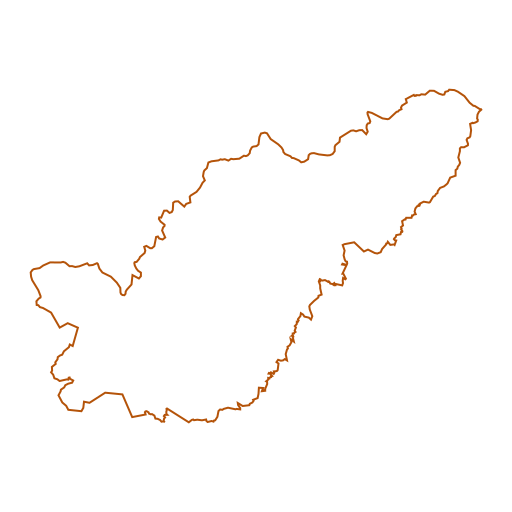 Xicotepec, Puebla, Mexico (orthographic projection)
{"feature_id": "50627088B85126164894992", "entity_name": "Xicotepec", "entity_type": "district", "adm_level": 2, "iso_a3": "MEX", "parent_name": "Mexico", "parent_adm1": "Puebla", "projection": "orthographic", "projection_center": [-97.909, 20.332], "detail": "fine", "context": "isolated", "style": "outline", "palette": "amber", "viewbox_px": 512, "rotation_deg": 0, "n_neighbors": 0, "source": "geoboundaries", "source_scale": "gbopen_adm2", "svg_char_len": 6035}
<svg xmlns="http://www.w3.org/2000/svg" viewBox="0 0 512 512"><path d="M68.3,409.8L81.4,411.2L83.3,407.9L84.0,401.7L89.5,402.8L105.2,392.7L122.4,394.4L132.2,417.1L145.6,414.5L144.9,412.2L145.5,411.4L146.6,411.2L148.6,412.4L149.0,413.6L150.8,414.3L152.0,414.1L154.4,415.6L155.4,418.6L157.6,418.8L160.1,420.0L161.5,421.7L163.7,421.3L164.8,422.3L163.6,421.0L164.1,418.6L165.1,417.4L163.9,416.1L164.7,414.9L167.3,414.8L166.4,413.9L166.3,411.7L166.7,410.6L166.5,408.8L167.0,408.5L188.8,422.3L191.8,419.9L193.2,419.5L194.0,420.2L197.3,419.7L202.0,420.3L206.1,419.5L206.4,420.9L207.6,422.0L211.6,421.0L213.5,421.6L213.9,420.6L215.2,420.3L217.4,416.8L218.5,411.0L220.1,409.5L222.4,409.8L223.7,408.9L228.0,407.7L235.5,409.3L236.6,408.9L240.2,409.4L240.2,408.1L238.1,405.1L237.8,403.0L242.7,406.0L249.3,405.2L249.8,403.8L252.4,402.5L253.6,400.8L253.1,399.8L257.6,398.1L258.5,393.9L258.9,387.7L263.1,388.0L261.9,391.2L264.2,390.9L263.5,390.3L265.2,390.0L265.2,388.8L267.2,384.0L267.1,381.8L266.2,381.3L268.2,379.6L268.2,378.0L269.4,378.4L269.6,377.6L271.1,377.1L271.0,376.3L272.1,376.0L270.1,373.7L268.6,373.6L268.9,373.0L269.7,373.3L270.9,372.3L273.7,373.9L274.3,372.8L273.9,371.4L276.1,371.2L277.2,370.8L277.7,370.0L278.5,363.5L276.5,362.1L278.1,359.8L280.9,360.7L283.0,360.4L284.8,359.1L287.0,360.4L285.7,354.1L287.0,349.5L287.9,348.5L287.5,346.8L289.6,345.4L291.4,342.2L290.7,339.1L293.8,341.5L292.7,336.9L293.3,336.6L293.0,335.7L292.0,335.7L292.6,335.2L292.7,333.5L294.1,333.4L294.3,332.6L295.5,331.9L294.7,330.6L295.9,327.5L294.8,326.1L296.7,324.2L296.8,321.8L297.6,322.1L298.6,320.4L297.9,319.7L298.0,319.1L300.4,316.1L300.9,313.2L303.1,314.6L304.4,316.6L308.8,317.6L311.0,319.6L312.3,316.2L309.8,309.6L309.3,306.4L310.0,304.9L314.2,300.8L318.3,297.5L318.5,295.8L321.6,294.6L320.2,288.4L320.2,285.4L318.8,281.4L319.8,279.1L320.3,279.3L320.3,280.9L320.9,280.0L322.1,280.6L325.0,280.1L327.6,281.5L328.4,281.3L328.5,282.0L329.4,281.9L330.3,283.6L332.8,284.1L334.2,283.1L334.5,284.1L333.6,284.9L334.2,285.3L335.5,285.2L335.4,283.9L342.2,285.4L343.0,283.1L342.7,280.8L343.1,278.0L345.3,279.3L345.9,278.7L343.3,273.7L342.5,273.7L346.5,265.2L342.1,264.5L342.5,263.7L346.6,264.9L347.2,263.5L347.0,261.7L345.7,261.4L344.7,259.5L343.6,255.3L344.6,250.6L342.7,245.0L344.4,244.2L354.2,242.3L363.9,251.5L368.0,249.6L374.7,253.0L377.3,253.5L380.7,252.2L382.1,249.0L386.0,244.6L386.2,243.6L387.2,243.3L387.8,241.8L390.3,244.9L394.1,244.4L394.6,244.9L396.2,240.5L394.8,240.2L393.9,239.1L394.2,238.5L395.7,237.1L396.3,235.1L400.5,234.3L401.1,231.9L402.2,231.9L402.4,231.2L401.1,229.2L401.6,228.7L401.0,227.1L403.0,225.5L402.1,221.2L404.8,219.3L405.5,219.5L406.2,217.8L411.5,217.8L412.1,215.5L412.7,215.7L413.8,214.6L415.7,214.2L414.6,211.6L415.4,208.4L417.3,206.1L419.4,205.8L420.2,203.9L419.6,203.9L419.9,203.6L423.7,201.7L429.0,202.6L429.9,202.2L433.2,196.6L434.8,196.0L436.0,194.0L437.4,193.2L437.8,191.0L440.1,187.9L444.0,186.4L446.6,184.3L447.6,183.3L450.2,177.6L455.6,175.7L455.6,170.1L457.3,168.7L457.8,166.6L459.2,165.0L460.1,162.8L458.3,157.5L459.9,151.2L459.9,148.4L461.1,147.2L464.0,147.3L467.9,145.3L468.0,143.8L466.6,139.9L467.4,138.3L469.6,137.4L470.3,136.2L471.1,130.2L470.1,123.9L472.5,122.8L473.0,123.2L475.4,122.5L477.6,121.3L477.8,119.7L477.1,118.5L477.5,114.6L479.0,111.7L481.3,109.7L481.0,109.2L479.8,109.1L474.7,105.9L473.4,105.8L469.6,102.7L464.4,96.1L457.9,91.7L454.4,90.1L449.2,89.7L448.1,91.1L445.3,91.8L444.3,94.5L442.6,94.8L439.1,93.7L434.0,90.8L429.8,90.7L425.2,94.6L421.3,94.3L419.5,95.3L416.2,95.1L415.9,95.8L414.5,95.9L413.9,95.2L414.6,94.5L405.8,99.1L406.8,102.6L402.0,105.6L401.0,107.6L401.5,109.2L399.2,110.2L397.9,111.6L396.6,111.8L389.2,118.7L387.7,119.2L382.5,118.4L371.8,112.9L368.0,111.9L367.5,112.5L367.6,114.2L370.3,121.4L369.6,123.1L367.8,123.5L366.7,125.2L366.5,128.0L367.7,131.7L366.2,134.2L362.2,130.1L359.3,130.2L356.1,131.3L353.4,130.4L351.0,130.7L340.0,137.6L339.5,141.8L335.4,145.2L334.7,146.8L334.7,151.2L332.6,154.0L329.9,155.2L327.3,155.4L318.9,154.4L314.0,153.1L311.6,153.3L310.0,153.9L308.7,155.2L308.1,159.2L304.2,161.7L301.2,162.3L298.9,160.4L293.7,158.1L291.9,157.9L290.5,156.3L285.1,154.0L283.4,152.0L283.1,150.1L281.5,147.5L278.2,144.3L270.7,139.1L267.0,133.3L264.8,132.6L261.0,133.5L259.4,137.1L258.5,144.4L256.6,146.1L253.2,146.6L251.8,147.4L250.1,150.6L249.7,153.2L247.7,155.4L245.9,156.1L243.9,155.7L239.3,158.7L233.3,159.2L231.1,158.8L228.4,160.6L224.8,159.2L222.1,159.7L220.6,159.3L218.5,160.4L211.5,161.3L208.4,162.5L206.9,168.1L204.3,170.5L203.7,172.0L203.0,176.2L204.8,180.4L202.6,182.7L200.0,187.6L196.5,191.9L190.6,195.6L189.7,196.8L190.4,202.4L186.2,203.9L184.3,206.6L178.2,201.3L175.0,201.5L173.2,202.7L172.8,210.0L171.7,212.1L169.5,212.9L166.9,210.6L164.1,210.7L161.2,217.6L159.2,217.4L158.9,218.9L160.6,221.6L164.6,224.8L164.5,226.0L163.1,227.4L162.1,230.5L165.2,237.5L162.6,239.5L159.2,238.5L157.9,236.5L156.1,237.0L154.3,246.2L151.9,248.2L150.2,248.2L146.4,245.9L144.2,246.8L145.3,250.6L144.6,253.0L139.9,257.1L139.3,258.7L136.6,261.9L134.7,262.2L134.3,263.1L134.8,265.5L136.3,268.5L138.1,270.8L140.9,272.6L140.9,276.2L138.9,278.5L132.5,275.1L131.5,284.5L126.8,289.7L125.7,291.6L125.5,293.8L124.4,295.2L122.4,295.0L121.1,294.0L120.5,292.6L120.3,287.8L116.8,282.6L110.9,276.7L102.4,272.5L99.4,268.6L97.8,263.8L97.0,263.2L92.8,265.0L89.1,265.4L87.2,263.3L79.3,266.3L75.3,267.0L72.1,266.1L69.5,266.2L65.4,262.7L63.1,261.9L60.6,262.5L50.1,262.4L43.2,265.5L39.6,268.1L33.9,269.1L32.5,269.9L30.7,272.4L31.1,276.7L32.2,280.2L38.3,290.2L40.6,296.2L40.5,297.5L38.7,298.6L36.4,301.3L36.7,305.0L38.3,305.2L39.9,307.1L43.0,308.0L51.1,312.6L59.7,327.6L67.7,323.2L77.9,327.7L72.7,346.0L69.8,344.5L68.9,347.2L63.9,351.3L62.2,354.7L60.2,355.4L57.8,357.1L57.5,359.3L55.3,362.3L55.7,363.9L51.9,366.9L52.1,370.7L51.1,372.3L53.2,374.7L54.4,378.3L57.4,379.3L59.6,381.0L66.7,379.4L68.3,379.6L68.7,377.7L69.6,377.5L70.0,378.8L73.2,380.5L72.1,382.7L68.2,383.7L65.3,385.2L64.2,387.4L60.9,389.7L60.6,391.4L58.5,395.3L62.3,402.5L66.2,405.8L68.3,409.8Z" fill="none" stroke="#b45309" stroke-width="2"/></svg>